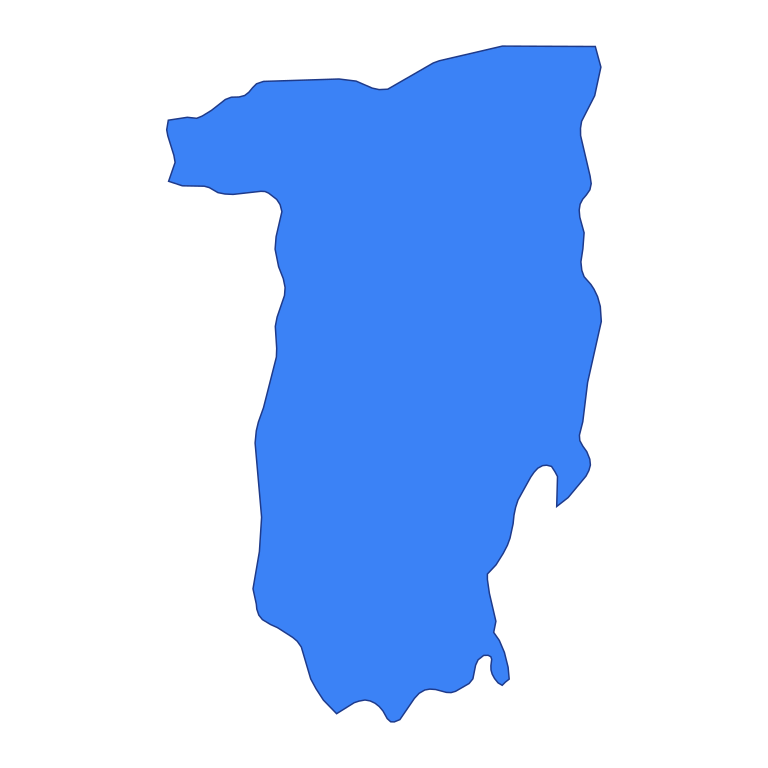 outline of Vâlcea
{"feature_id": "ROU-304", "entity_name": "Vâlcea", "entity_type": "County", "adm_level": 1, "iso_a3": "ROU", "parent_name": "Romania", "parent_adm1": "", "projection": "albers", "projection_center": [24.119, 45.04], "detail": "fine", "context": "isolated", "style": "filled", "palette": "blue", "viewbox_px": 768, "rotation_deg": 0, "n_neighbors": 0, "source": "natural_earth", "source_scale": "10m", "svg_char_len": 2081}
<svg xmlns="http://www.w3.org/2000/svg" viewBox="0 0 768 768"><path d="M168.6,181.3L175.1,162.4L173.9,155.4L167.8,135.8L166.7,129.8L168.3,120.2L187.3,117.3L196.7,118.3L202.1,116.1L211.4,110.4L225.3,99.5L231.3,97.2L239.0,97.0L244.7,95.5L248.9,92.2L252.7,87.6L256.5,83.8L263.5,81.4L339.0,79.0L356.1,81.1L372.2,88.1L379.1,89.6L387.7,89.2L433.2,63.0L439.5,60.7L502.3,46.1L595.3,46.5L600.9,67.1L594.7,95.7L581.6,121.3L580.5,128.2L580.6,135.6L590.1,176.1L591.2,183.7L589.9,189.8L586.4,194.9L582.7,199.2L580.1,204.2L579.2,210.1L579.8,217.2L584.1,232.8L582.9,248.7L580.9,261.9L581.8,270.3L584.1,276.7L591.0,284.6L594.0,289.2L597.6,296.7L600.3,306.4L601.3,321.5L587.6,382.5L582.8,421.7L579.4,435.2L579.8,440.6L582.8,446.1L586.8,451.7L589.8,459.2L590.4,465.0L588.9,470.5L586.0,476.1L568.1,497.6L556.7,506.5L557.5,476.5L555.0,471.8L551.5,466.4L546.7,465.2L542.6,465.6L537.8,468.2L534.1,472.2L530.7,477.1L518.0,500.0L515.6,507.4L514.0,515.1L513.1,523.8L510.0,538.2L507.4,545.3L503.2,553.4L496.0,564.9L487.4,574.0L487.4,579.5L489.4,593.4L495.9,621.3L493.7,632.4L499.3,640.4L504.4,652.4L508.1,667.2L509.2,679.1L505.4,682.1L502.2,685.3L498.1,682.9L494.6,678.6L492.2,674.2L491.0,670.0L490.9,665.7L491.7,659.3L490.8,656.7L488.1,655.3L483.7,655.4L478.1,659.8L475.6,665.2L472.9,678.8L469.1,683.5L455.6,691.3L451.1,692.6L446.4,692.4L435.6,689.5L429.8,689.1L424.8,690.0L419.1,693.3L414.4,698.4L399.9,719.6L394.3,721.9L390.7,721.8L387.2,718.6L383.0,711.0L379.2,706.5L375.0,703.2L370.1,700.9L365.0,700.0L359.0,701.1L354.2,702.7L336.6,713.7L323.4,700.1L316.0,688.7L310.7,678.9L301.3,647.0L297.2,641.2L292.7,637.4L277.4,627.6L270.5,624.5L262.4,619.6L258.8,615.1L256.8,609.1L256.3,604.0L253.0,588.8L259.4,551.6L261.6,517.3L255.1,443.0L256.3,430.7L258.4,422.0L263.5,407.7L276.4,357.0L276.7,348.4L275.3,326.4L277.1,317.1L284.5,295.5L285.1,287.5L283.3,278.7L278.6,266.7L275.1,249.2L276.1,236.7L281.9,211.6L280.1,204.6L276.7,199.4L268.6,193.1L265.0,191.5L260.9,191.3L233.1,194.4L224.9,194.0L217.9,192.6L209.3,187.6L204.3,186.2L182.3,185.8L168.6,181.3Z" fill="#3b82f6" stroke="#1e3a8a" stroke-width="1.5"/></svg>